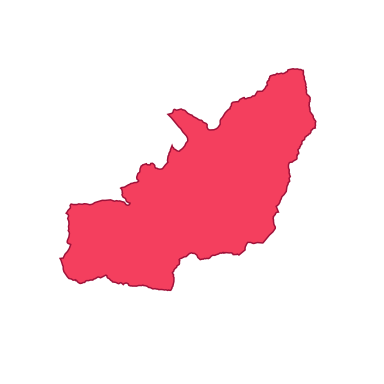 Chita, Boyacá, Colombia, rotated 248°
{"feature_id": "7082276B46406567595223", "entity_name": "Chita", "entity_type": "district", "adm_level": 2, "iso_a3": "COL", "parent_name": "Colombia", "parent_adm1": "Boyacá", "projection": "albers", "projection_center": [-72.448, 6.098], "detail": "fine", "context": "isolated", "style": "filled", "palette": "rose", "viewbox_px": 384, "rotation_deg": 248, "n_neighbors": 0, "source": "geoboundaries", "source_scale": "gbopen_adm2", "svg_char_len": 6078}
<svg xmlns="http://www.w3.org/2000/svg" viewBox="0 0 384 384"><g transform="rotate(248 192 192)"><path d="M219.5,67.4L217.4,68.7L216.4,68.7L215.7,68.4L214.0,66.8L211.0,66.8L208.2,65.9L206.4,64.6L203.7,63.9L202.6,62.8L200.7,63.1L199.4,62.8L196.4,61.0L193.7,58.3L192.4,57.5L191.7,57.5L190.8,57.8L188.8,59.9L188.5,59.7L185.6,57.1L183.5,54.3L182.0,51.1L179.0,47.8L179.8,44.8L177.7,45.0L172.3,44.6L171.3,44.7L168.7,43.7L166.1,43.4L160.1,44.7L157.9,45.5L156.4,47.7L154.9,48.6L154.5,49.5L154.4,50.8L153.9,50.8L153.8,51.3L153.3,51.1L152.7,52.0L151.7,52.2L150.5,52.8L149.1,54.0L148.7,55.8L148.9,57.0L148.4,58.6L149.2,60.0L149.3,61.2L148.6,62.7L148.4,65.0L147.5,67.1L148.0,67.9L147.9,70.1L148.4,72.5L148.2,73.5L146.7,75.1L147.2,80.9L146.4,81.7L145.0,81.4L143.9,81.6L142.6,82.8L140.5,83.6L139.3,84.5L138.4,84.6L136.8,87.4L134.6,89.4L134.4,90.0L134.7,91.6L134.6,92.0L133.8,92.7L131.9,93.6L132.5,94.7L132.4,96.5L132.2,97.1L130.9,98.4L129.1,98.5L128.0,99.7L127.9,100.4L127.3,101.1L125.5,105.4L125.3,107.6L124.1,110.3L124.1,111.6L123.2,112.3L122.8,113.4L121.4,115.1L119.7,116.1L119.0,117.5L116.8,119.4L116.2,121.7L115.5,122.4L114.8,123.9L114.0,124.5L113.0,127.3L112.1,128.9L111.5,129.6L111.1,131.2L109.8,132.7L109.9,133.7L109.2,134.4L108.8,135.4L110.2,137.3L111.0,137.6L111.7,138.8L115.7,141.6L119.4,143.2L120.6,143.1L122.3,143.9L123.8,143.5L124.7,143.7L125.3,145.2L126.7,146.3L127.7,148.3L127.8,149.3L129.1,150.4L129.7,153.0L130.6,153.7L132.3,154.3L132.8,154.9L133.9,154.6L134.6,155.9L134.5,157.6L134.8,160.5L134.3,162.4L135.9,166.5L135.8,168.8L134.9,169.6L134.1,171.4L131.6,172.9L129.1,172.9L126.2,174.3L126.0,176.1L125.5,177.5L125.7,178.6L125.0,179.7L124.9,181.0L124.1,182.2L124.3,183.9L125.3,185.8L125.6,187.4L124.7,189.5L124.8,190.5L124.6,193.3L124.9,195.1L124.1,196.8L124.4,197.6L124.2,198.3L123.7,198.3L123.8,198.8L123.5,199.5L123.1,199.6L123.2,200.6L121.5,203.8L121.0,205.5L120.1,206.4L119.5,206.4L119.2,206.8L118.5,206.8L117.4,209.8L117.4,210.8L116.0,211.9L118.4,219.5L120.0,220.1L121.2,220.9L123.6,223.5L124.4,224.8L123.3,227.5L121.5,229.3L121.1,230.1L120.7,233.6L118.3,238.4L118.3,238.9L123.1,247.7L124.7,252.0L127.0,255.5L128.3,256.1L131.3,255.8L134.8,256.7L135.4,257.1L137.1,257.3L137.8,257.9L138.5,258.0L140.0,260.8L140.8,261.4L141.3,262.4L141.4,263.2L141.0,264.6L147.2,264.7L147.5,266.3L148.3,268.0L149.7,269.7L151.1,270.7L152.0,271.9L154.0,273.6L155.1,276.3L157.2,279.6L161.6,282.1L163.4,284.1L164.7,284.8L165.0,286.0L165.4,286.6L168.4,287.2L169.6,289.0L171.6,288.9L172.2,289.3L173.1,289.1L176.2,290.5L177.8,290.4L179.4,290.9L181.2,291.7L182.6,293.1L182.8,293.7L182.2,296.2L182.7,297.4L183.2,301.3L183.8,301.9L186.2,302.8L186.5,303.4L187.2,303.5L187.5,304.5L187.5,305.2L187.9,305.3L188.1,305.6L191.5,306.0L192.6,308.5L193.5,308.7L193.7,309.4L195.0,310.7L195.4,311.9L197.1,312.5L198.1,313.5L198.5,316.0L200.3,317.1L200.6,317.5L200.6,318.5L201.2,319.2L201.2,320.8L201.9,321.7L201.9,323.1L202.8,324.5L204.6,325.6L204.7,326.7L205.5,328.0L205.2,330.3L206.5,330.5L207.2,331.3L210.3,332.4L210.5,332.9L211.1,333.2L212.3,333.0L213.3,332.4L214.2,332.6L215.2,332.3L215.7,332.3L216.7,332.8L218.3,332.7L219.1,332.2L219.9,332.3L220.8,331.9L222.7,331.6L224.2,332.3L224.9,332.1L225.1,332.5L225.8,332.8L226.9,332.6L227.4,332.9L228.7,333.0L229.3,333.6L230.9,334.1L231.9,335.4L232.6,335.5L233.7,336.3L234.4,336.4L235.0,336.8L236.6,336.6L238.4,335.8L239.4,335.1L241.6,335.3L242.1,335.7L243.6,336.3L245.4,336.3L246.2,337.3L248.0,337.1L249.0,337.9L251.7,338.3L254.5,338.3L256.3,339.2L259.8,339.3L260.6,340.0L261.5,340.1L262.3,340.6L263.2,340.6L263.3,340.0L264.8,338.8L265.5,337.1L266.6,335.9L267.4,333.3L268.4,331.9L269.3,326.8L267.9,325.4L268.0,324.2L267.5,322.2L267.7,320.5L268.7,319.4L269.0,316.4L270.1,315.3L269.5,313.0L269.6,312.4L270.0,312.0L270.3,308.2L269.8,307.3L268.7,306.7L268.1,305.7L267.0,305.4L266.5,303.8L265.5,302.5L263.7,302.0L263.0,302.1L262.6,301.8L262.4,300.4L260.6,298.4L259.2,295.2L259.2,294.6L260.8,290.4L257.8,286.4L257.8,285.5L258.3,284.3L257.6,282.0L258.3,279.2L258.2,277.1L258.8,275.8L259.2,275.7L259.9,275.9L260.2,275.2L259.9,271.1L258.4,268.9L258.5,268.3L258.8,268.0L259.9,263.6L259.5,262.2L259.0,261.6L257.3,260.8L256.0,258.9L254.9,258.5L255.0,257.6L254.5,255.8L253.0,252.5L249.9,248.4L248.6,245.8L247.5,244.8L244.2,243.5L242.0,240.1L241.5,238.3L241.5,235.6L242.8,231.8L243.4,231.0L244.2,230.4L246.4,230.2L248.8,231.3L250.2,230.8L252.2,228.8L253.1,228.3L254.0,228.2L255.0,227.6L255.7,226.2L256.7,225.2L258.3,224.2L261.5,221.4L263.2,220.8L264.4,219.3L266.6,217.5L270.1,216.1L271.2,215.0L271.5,214.2L273.0,213.1L273.5,208.8L273.7,208.2L275.1,206.9L275.2,206.4L274.9,205.6L273.3,204.4L272.7,203.5L272.5,202.6L273.0,198.8L268.5,200.7L257.3,204.2L255.1,205.3L251.1,206.0L246.3,207.8L243.7,208.1L241.4,207.4L240.7,206.9L239.6,204.7L237.5,202.6L236.0,199.8L235.3,197.7L235.2,196.7L234.5,195.7L234.8,194.8L235.9,193.5L237.6,192.5L238.7,191.4L240.0,191.4L240.8,190.8L242.5,190.9L239.0,187.6L238.3,187.5L237.9,186.9L237.5,186.8L237.4,186.2L236.4,185.1L235.0,184.4L234.3,183.3L230.5,181.1L228.5,180.7L228.4,180.1L228.0,179.6L227.2,177.7L224.7,173.4L224.8,172.0L225.3,170.5L226.4,168.9L227.1,168.5L227.9,167.1L229.3,167.0L230.6,167.4L231.1,167.3L232.9,166.5L233.5,166.0L233.9,164.4L233.0,163.6L232.9,163.1L234.0,160.8L234.5,160.4L235.3,160.3L235.6,156.3L235.2,155.8L235.1,154.6L233.0,152.6L230.5,151.3L229.9,150.7L229.6,149.4L229.3,148.7L226.5,146.3L224.7,145.8L222.7,146.7L221.9,146.4L221.6,144.2L222.3,142.2L222.4,140.0L222.8,138.5L222.4,136.9L222.5,135.8L221.8,131.2L222.5,128.3L222.3,127.3L221.1,127.8L219.1,127.7L217.6,127.1L216.9,127.2L215.8,126.1L214.9,126.0L213.0,126.2L211.3,127.6L210.4,127.9L208.1,127.7L207.6,127.9L205.7,129.3L204.9,130.4L204.5,130.2L203.9,129.4L203.6,128.5L203.7,127.5L205.0,126.1L207.1,125.6L208.3,125.0L208.7,124.2L210.8,121.7L211.2,120.2L212.2,118.9L212.5,116.6L215.2,113.6L216.8,108.2L217.9,105.7L218.6,98.0L218.0,95.1L218.5,92.4L220.3,90.0L221.5,87.7L221.7,85.6L223.4,82.5L223.4,81.0L223.7,80.0L224.8,77.3L226.1,75.4L225.2,73.9L224.1,73.8L222.8,73.3L221.4,70.2L219.7,68.0L219.5,67.4Z" fill="#f43f5e" stroke="#9f1239" stroke-width="1.5"/></g></svg>